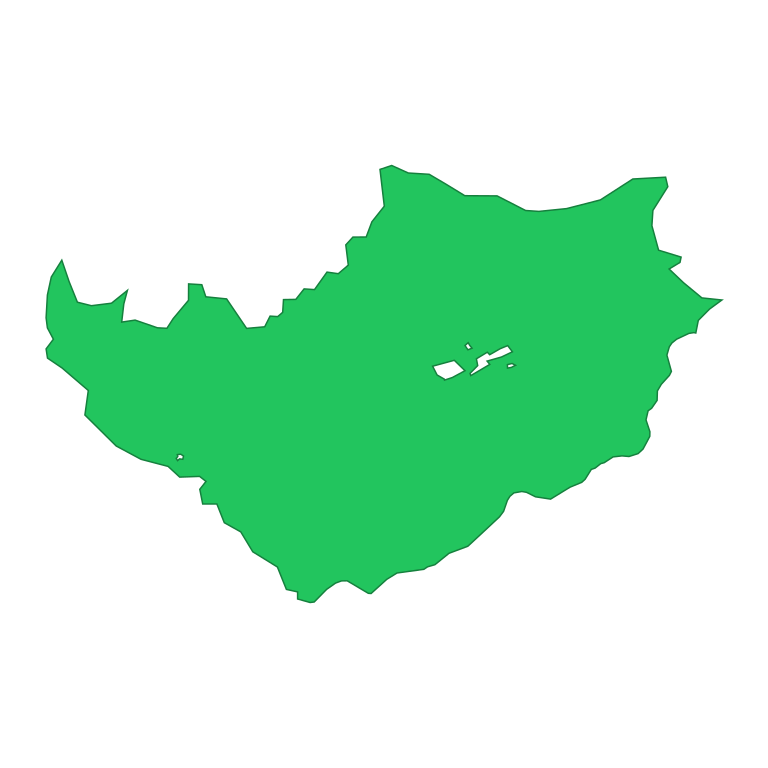 outline of Akhangaran, Tashkent, Uzbekistan
{"feature_id": "79887680B39999061670418", "entity_name": "Akhangaran", "entity_type": "district", "adm_level": 2, "iso_a3": "UZB", "parent_name": "Uzbekistan", "parent_adm1": "Tashkent", "projection": "natural_earth1", "projection_center": [69.986, 40.976], "detail": "fine", "context": "isolated", "style": "filled", "palette": "green", "viewbox_px": 768, "rotation_deg": 0, "n_neighbors": 0, "source": "geoboundaries", "source_scale": "gbopen_adm2", "svg_char_len": 2331}
<svg xmlns="http://www.w3.org/2000/svg" viewBox="0 0 768 768"><path d="M632.8,179.0L600.4,199.9L566.6,208.6L538.9,211.4L525.6,210.5L497.1,195.9L464.8,195.7L446.5,184.5L429.2,174.3L408.3,173.0L391.7,165.5L380.0,169.4L384.3,206.2L371.9,221.8L366.2,237.0L352.9,237.1L345.8,244.9L348.3,265.1L338.3,273.7L327.0,272.1L314.5,289.6L304.1,288.9L295.8,299.4L283.5,299.6L282.7,312.3L277.7,316.6L270.1,316.1L264.7,326.8L246.6,328.4L226.6,298.9L205.8,296.8L201.8,284.7L188.6,283.9L188.5,300.3L173.2,318.6L166.9,328.3L157.4,327.8L135.1,320.1L121.7,322.1L123.8,303.9L127.4,290.4L111.5,303.2L91.4,305.7L77.4,302.2L69.1,281.6L61.8,260.2L51.3,277.0L47.4,295.0L46.1,317.8L47.4,327.9L53.4,339.2L46.1,348.9L47.5,358.1L62.1,368.0L88.3,390.5L84.9,415.0L116.2,446.0L141.0,459.3L168.1,466.4L179.7,477.1L199.6,476.4L206.0,481.4L199.8,489.3L202.7,504.0L216.9,504.0L224.3,522.7L240.8,531.9L252.8,551.8L277.4,567.0L286.4,589.4L297.6,591.9L297.6,599.0L310.1,602.5L314.2,602.0L326.7,589.3L335.5,583.1L341.5,580.9L347.2,580.8L368.3,593.3L371.1,593.5L386.8,579.3L397.0,573.0L423.9,569.3L427.6,566.8L434.9,564.7L449.0,553.3L467.9,546.2L487.2,528.3L499.5,516.8L503.6,511.3L507.4,500.3L509.9,496.3L513.9,492.9L521.8,491.5L526.5,492.3L535.5,496.8L550.6,499.1L570.0,487.2L581.8,482.3L585.1,479.3L591.3,469.4L595.1,468.1L600.8,463.6L604.2,462.7L613.1,456.9L622.0,455.9L629.0,456.5L638.1,453.6L643.0,449.1L646.5,442.6L649.8,436.3L649.9,431.7L646.0,419.9L648.1,410.8L651.6,408.3L657.1,400.4L657.4,390.9L661.3,384.3L669.4,375.4L671.4,371.4L666.9,355.1L669.3,346.8L671.9,343.0L676.6,339.2L680.0,337.6L688.9,333.4L693.9,332.6L695.8,333.0L698.3,320.4L709.5,309.1L721.9,300.0L701.9,297.9L683.5,282.7L669.1,269.0L680.0,262.4L681.1,257.1L658.6,250.2L651.9,225.7L652.9,210.4L667.8,186.7L665.6,177.2L632.8,179.0ZM452.4,377.5L444.5,380.1L444.3,379.1L437.1,375.0L432.6,366.2L454.3,360.3L465.0,370.7L452.4,377.5ZM512.4,351.8L501.5,357.0L487.1,361.1L489.8,364.4L470.8,375.6L470.0,373.4L477.7,365.6L476.4,358.8L487.3,352.2L489.7,354.7L500.2,348.7L507.7,345.6L512.4,351.8ZM183.5,456.0L182.8,459.3L179.5,458.9L177.6,460.6L176.2,458.4L177.8,456.5L177.3,454.6L180.7,454.2L183.5,456.0ZM472.0,348.2L467.9,349.8L465.0,345.5L468.2,342.7L469.6,345.2L472.0,348.2ZM511.4,367.4L507.5,368.1L507.4,364.6L512.1,363.5L515.5,365.3L511.4,367.4Z" fill="#22c55e" stroke="#15803d" stroke-width="1.5"/></svg>